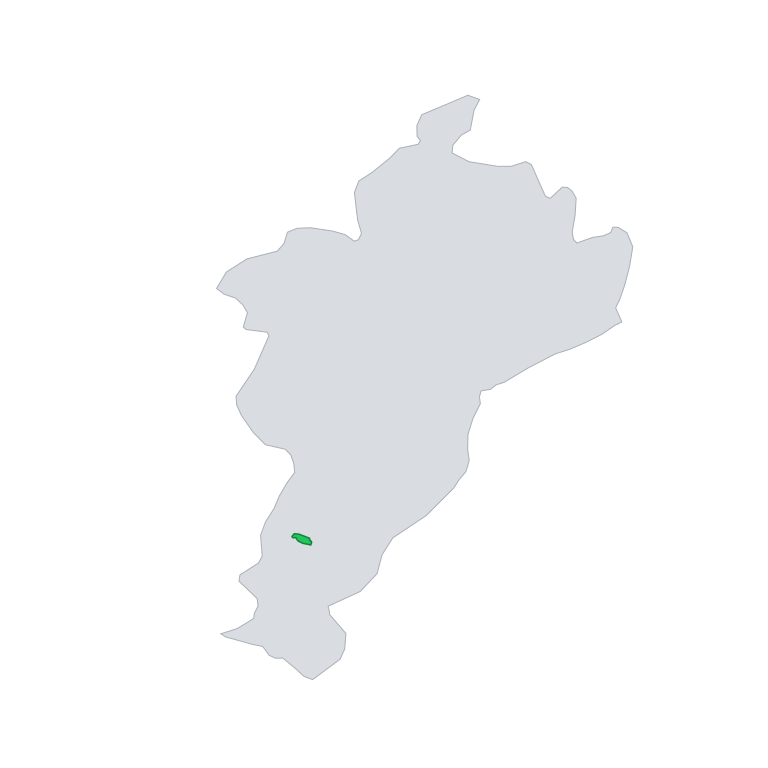 location of Hajdina within Slovenia, rotated 141°
{"feature_id": "SVN-227", "entity_name": "Hajdina", "entity_type": "Municipality", "adm_level": 1, "iso_a3": "SVN", "parent_name": "Slovenia", "parent_adm1": "", "projection": "orthographic", "projection_center": [15.843, 46.418], "detail": "fine", "context": "in_parent", "style": "filled", "palette": "green", "viewbox_px": 768, "rotation_deg": 141, "n_neighbors": 0, "source": "natural_earth", "source_scale": "10m", "svg_char_len": 2057}
<svg xmlns="http://www.w3.org/2000/svg" viewBox="0 0 768 768"><g transform="rotate(141 384 384)"><path d="M668.0,292.6L652.0,286.3L632.8,283.8L629.2,287.3L621.5,290.8L617.6,297.2L620.8,322.0L616.1,326.3L594.2,323.9L587.0,326.8L575.1,344.1L562.9,351.4L547.4,356.6L535.9,362.8L521.4,368.3L509.0,371.5L504.1,379.1L501.1,387.4L501.8,395.5L514.4,411.4L516.1,428.4L514.6,449.2L511.7,460.3L506.7,467.6L475.5,477.1L443.0,493.9L442.2,497.8L456.9,513.1L457.5,516.8L445.2,525.4L443.9,534.0L445.2,544.0L451.7,554.3L454.0,563.6L436.0,570.2L411.8,567.5L383.3,554.4L373.3,556.1L363.5,562.7L353.6,559.7L342.7,551.6L327.5,534.9L320.2,524.6L317.3,513.8L313.1,512.2L306.7,515.2L301.2,528.2L286.5,551.4L275.8,557.6L259.9,555.9L237.5,555.9L223.6,557.5L206.7,548.8L202.5,550.3L202.4,555.7L195.8,564.2L185.2,569.5L137.1,555.6L130.6,544.9L141.6,540.2L157.1,527.1L167.4,528.8L180.1,526.3L185.7,520.7L178.1,503.3L158.7,481.6L148.2,473.2L133.8,467.5L131.4,461.7L140.4,428.5L138.1,423.7L121.5,424.8L117.7,421.2L116.5,415.3L117.8,407.4L129.4,394.8L142.2,383.6L145.7,377.2L145.4,372.2L129.6,366.6L120.2,361.1L112.6,359.0L107.3,361.8L103.5,358.4L100.0,348.6L104.3,334.1L119.0,321.0L134.6,309.4L148.2,301.0L156.0,297.5L160.1,282.6L167.9,284.3L183.7,285.6L201.2,289.4L217.5,294.0L231.8,299.6L261.9,305.8L289.4,309.7L297.7,312.9L304.5,312.8L312.8,317.5L317.8,314.1L321.5,308.1L336.6,301.2L350.5,292.0L360.4,280.2L365.9,270.9L375.5,264.3L385.6,262.5L394.9,259.3L433.9,255.2L473.9,258.9L493.0,252.5L508.7,241.0L531.7,237.9L532.9,237.7L567.2,246.5L569.8,241.4L571.3,239.1L570.6,214.1L581.4,202.7L591.4,197.8L625.5,199.2L630.1,206.9L631.9,218.8L635.1,234.7L640.8,239.1L644.0,245.4L643.4,256.4L650.2,264.6L666.1,286.8L668.0,292.6Z" fill="#d9dde1" stroke="#a8b0b8" stroke-width="1"/><path d="M538.9,311.0L539.9,309.5L539.5,307.5L539.8,306.5L542.2,305.0L547.4,311.3L549.3,315.4L549.6,316.4L549.6,317.1L549.4,317.6L549.4,319.2L549.2,319.9L549.7,320.5L550.3,321.0L551.3,321.5L551.7,322.1L551.4,323.5L547.9,324.1L544.5,320.7L538.9,311.0Z" fill="#22c55e" stroke="#15803d" stroke-width="1.5"/></g></svg>